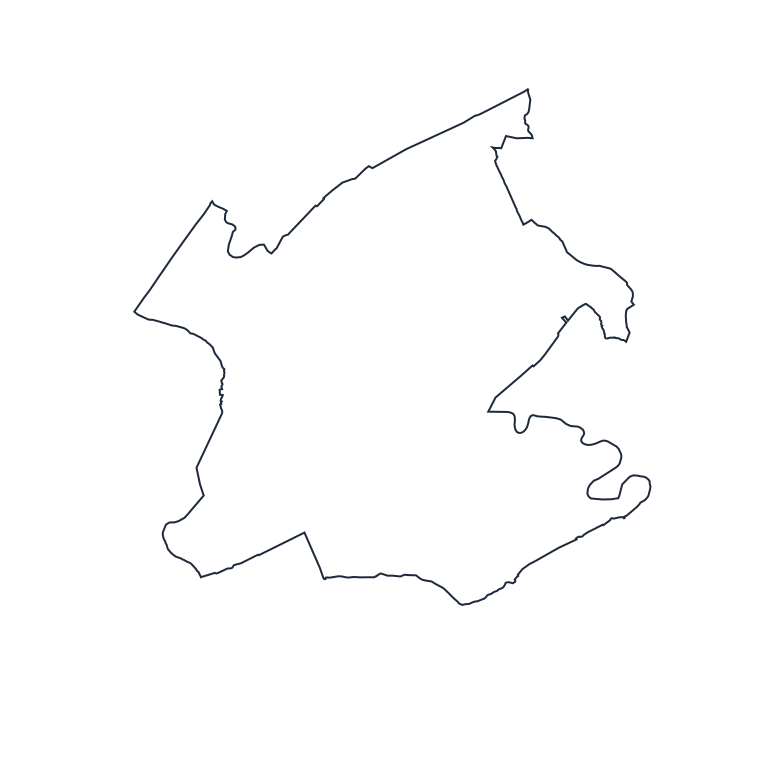 the district of Dolhasca, Suceava, Romania, rotated 336°
{"feature_id": "2599482B12966285946055", "entity_name": "Dolhasca", "entity_type": "district", "adm_level": 2, "iso_a3": "ROU", "parent_name": "Romania", "parent_adm1": "Suceava", "projection": "equal_earth", "projection_center": [26.629, 47.417], "detail": "fine", "context": "isolated", "style": "outline", "palette": "slate", "viewbox_px": 768, "rotation_deg": 336, "n_neighbors": 0, "source": "geoboundaries", "source_scale": "gbopen_adm2", "svg_char_len": 6166}
<svg xmlns="http://www.w3.org/2000/svg" viewBox="0 0 768 768"><g transform="rotate(336 384 384)"><path d="M185.3,216.4L187.1,220.2L194.7,229.0L196.9,230.4L198.8,231.3L205.5,236.7L206.2,237.6L208.0,238.8L213.9,244.2L217.6,246.3L223.4,251.1L224.8,252.5L226.4,255.2L227.8,259.1L230.0,260.4L236.1,267.9L237.0,269.9L238.7,271.9L239.4,274.3L240.7,276.4L242.4,281.0L242.0,285.2L242.0,287.5L244.0,296.5L243.2,302.2L243.4,303.8L244.1,305.2L244.0,305.9L243.3,306.4L242.9,308.5L240.5,312.7L236.9,314.6L236.5,315.2L236.5,316.2L236.2,317.7L236.5,318.4L236.2,318.8L234.5,320.0L234.2,320.9L234.1,322.8L231.5,322.4L229.8,327.1L232.2,328.5L231.3,329.6L229.0,331.4L228.0,332.7L228.0,333.0L228.7,334.0L227.4,334.7L227.2,336.1L226.0,336.1L225.3,339.8L225.3,342.5L224.6,344.3L223.6,345.4L178.6,384.3L175.1,400.8L173.9,412.6L157.7,420.3L152.0,423.1L147.2,425.1L140.6,425.7L136.4,425.2L131.5,423.2L127.6,423.8L121.9,429.3L120.9,430.9L120.1,433.8L119.8,436.5L120.1,439.2L119.8,440.3L120.0,442.5L119.5,445.6L119.5,447.1L120.4,450.4L121.0,452.2L123.4,456.8L127.8,461.0L128.5,462.3L129.8,463.5L132.0,466.5L133.8,468.3L135.0,470.4L137.1,476.9L137.1,478.6L138.1,480.4L138.1,483.8L138.3,484.6L138.1,486.0L152.1,487.7L152.8,487.9L153.7,488.9L155.2,489.1L165.9,488.9L169.2,490.1L170.1,490.2L170.8,490.0L173.3,488.4L180.5,489.6L199.4,488.7L200.0,489.5L250.9,487.4L250.6,526.4L249.7,536.7L249.9,537.7L250.6,538.3L251.4,538.3L251.8,537.5L252.4,537.2L255.8,538.9L263.9,541.0L267.0,542.5L270.7,545.2L273.1,546.5L277.9,548.0L283.3,550.8L296.8,556.7L297.6,556.3L298.6,556.5L299.4,556.2L299.7,556.4L300.7,556.0L303.8,555.7L305.0,556.6L309.3,560.6L310.6,561.1L314.1,562.7L320.3,566.3L321.5,566.6L325.0,566.5L327.8,568.1L335.4,571.8L337.7,576.1L339.2,578.2L341.4,580.0L347.2,583.8L349.3,587.0L354.8,594.0L356.1,596.6L360.8,608.7L362.7,612.8L363.5,615.4L365.8,617.7L369.1,618.3L372.0,619.5L376.5,619.5L378.9,619.8L381.0,620.5L388.6,620.8L390.2,620.3L392.0,619.3L393.1,619.0L394.5,619.0L395.7,619.4L399.9,618.7L403.1,619.0L405.3,618.3L409.3,618.5L411.0,617.8L412.4,616.9L414.2,615.2L414.9,615.1L417.4,615.8L420.6,618.4L422.2,618.2L423.3,618.0L423.9,617.4L423.9,615.8L427.5,614.0L428.6,613.9L428.8,612.6L435.2,609.4L443.6,607.7L450.4,607.3L477.0,604.7L496.7,604.3L496.5,603.2L498.4,602.7L500.2,602.8L500.7,603.4L502.7,603.9L504.3,603.6L505.0,603.1L510.0,602.3L526.5,601.5L526.8,602.2L535.2,600.4L535.8,599.7L537.2,599.1L537.9,599.7L540.2,600.7L543.9,601.3L548.3,602.8L548.6,604.3L549.3,604.3L550.2,602.9L551.9,603.0L559.2,600.9L564.9,599.2L568.3,597.8L569.9,596.7L575.3,596.2L578.7,594.6L580.3,593.4L584.4,588.2L585.7,586.0L586.3,582.7L587.0,581.3L587.1,580.3L586.3,577.9L585.1,575.7L583.5,574.3L580.1,572.2L578.3,570.8L574.7,568.9L572.6,568.7L570.4,568.8L560.8,572.6L553.6,581.7L551.6,583.6L544.9,581.8L536.5,578.3L526.6,572.8L525.2,570.1L525.1,567.1L527.8,562.5L531.2,559.8L536.3,557.7L541.3,557.8L562.1,554.6L564.8,553.8L567.2,552.2L570.5,548.2L571.5,546.5L571.9,545.1L572.1,543.2L572.0,538.8L571.0,535.7L565.0,527.4L563.2,525.9L561.3,524.9L559.8,524.6L553.7,524.5L549.2,524.0L545.4,522.6L542.9,520.7L541.6,518.9L540.9,517.0L541.3,515.4L542.5,513.9L545.3,512.0L546.8,510.6L547.2,508.6L547.1,506.7L545.7,504.0L543.7,501.7L537.5,498.4L534.1,494.6L531.0,488.4L527.3,485.2L518.2,479.7L514.4,477.8L510.7,475.7L508.2,473.5L506.7,472.9L505.1,473.0L503.3,474.1L501.5,476.0L500.0,478.3L497.1,481.6L494.4,483.4L492.5,484.1L490.4,484.5L488.3,484.0L486.8,483.1L485.9,481.6L485.5,479.3L486.0,476.6L486.6,474.4L488.9,470.3L490.2,466.8L490.1,464.7L489.5,463.2L487.7,461.3L485.1,459.6L468.0,451.7L480.4,441.7L511.9,432.4L527.2,427.5L527.8,428.7L536.1,426.0L542.5,422.8L562.3,411.4L563.3,410.0L563.7,409.0L563.6,408.5L575.8,401.9L575.0,400.5L573.5,395.9L576.7,395.8L577.9,400.9L590.9,394.2L592.5,393.6L597.6,393.0L600.3,392.8L601.2,393.0L603.4,396.8L604.3,398.0L604.5,399.0L605.5,400.7L606.1,404.4L608.5,410.2L608.4,411.0L607.5,412.4L607.6,413.9L608.0,414.7L607.6,416.3L606.6,417.7L606.7,418.9L607.1,419.5L606.2,420.0L606.1,421.8L606.5,423.4L606.5,424.7L605.9,426.8L606.1,428.1L605.6,428.7L604.8,431.6L605.3,432.5L606.0,433.0L607.0,433.4L609.2,433.6L611.7,434.6L612.4,435.2L613.5,435.1L614.5,436.4L616.0,437.1L617.4,438.2L618.7,440.2L620.9,441.4L622.4,443.9L629.3,436.9L629.0,430.4L629.7,428.8L630.4,425.9L632.8,419.6L634.9,416.0L636.6,414.4L644.5,413.2L643.5,409.3L646.9,405.3L647.9,403.3L648.4,401.7L648.5,400.1L648.2,398.2L646.4,392.5L647.1,390.1L647.0,389.5L642.8,381.1L638.3,371.4L636.9,370.0L628.5,363.4L627.3,363.1L623.7,361.3L618.5,358.0L615.8,355.7L613.1,352.8L610.4,349.2L604.8,338.0L604.9,326.3L603.5,323.4L603.6,322.5L603.4,321.6L602.8,320.1L601.7,318.3L601.5,317.3L600.5,315.1L599.6,313.5L598.1,309.4L595.6,306.2L589.6,302.2L588.5,301.0L588.1,299.6L587.5,298.8L585.5,294.0L581.0,294.7L576.1,295.1L576.3,292.9L576.1,291.5L576.2,285.6L575.8,279.9L576.3,277.9L576.1,275.8L576.2,254.4L575.9,249.4L576.2,246.1L576.0,242.7L576.1,239.0L575.9,238.1L575.7,229.0L576.2,225.4L578.4,224.0L580.0,222.6L579.6,221.6L580.7,217.5L580.8,216.4L580.4,214.6L579.4,212.1L582.4,214.1L585.2,215.2L587.0,216.3L596.3,207.1L605.3,213.6L615.0,217.4L619.7,219.9L620.3,216.5L618.8,212.1L618.8,211.1L619.2,210.1L620.4,208.5L620.9,207.1L620.3,205.5L619.2,203.9L619.0,203.0L620.2,200.6L620.2,198.8L621.9,196.0L624.7,195.5L626.7,194.3L628.7,191.5L633.3,183.8L634.2,176.4L635.0,173.9L636.0,173.1L631.4,173.9L581.2,176.6L577.5,176.3L576.5,175.9L562.9,177.7L499.8,178.5L461.2,182.1L458.7,178.8L454.8,179.7L441.2,184.7L438.4,183.9L427.9,183.1L415.3,186.2L405.3,189.2L404.3,189.6L404.7,190.3L404.4,190.6L395.1,194.4L394.0,193.2L359.8,207.3L357.2,208.5L355.3,208.2L352.1,208.1L351.2,208.5L341.0,216.4L338.9,216.9L334.3,219.0L331.8,215.2L331.0,207.8L326.7,206.2L320.6,206.5L313.0,208.7L308.2,209.6L304.8,209.8L300.0,208.2L297.6,206.5L295.5,203.0L295.3,199.3L298.9,193.6L305.0,187.1L307.8,183.6L311.0,182.6L311.6,181.6L312.0,179.6L310.4,176.6L307.8,174.5L305.8,172.4L305.4,169.2L308.0,164.3L310.8,162.0L308.4,158.6L304.7,154.7L302.3,151.8L301.6,150.2L301.4,147.2L299.0,148.3L297.7,149.8L288.6,155.5L277.1,161.6L259.7,171.7L241.7,182.3L225.0,192.6L224.7,192.7L208.5,202.8L199.8,207.6L185.3,216.4Z" fill="none" stroke="#1e293b" stroke-width="2"/></g></svg>